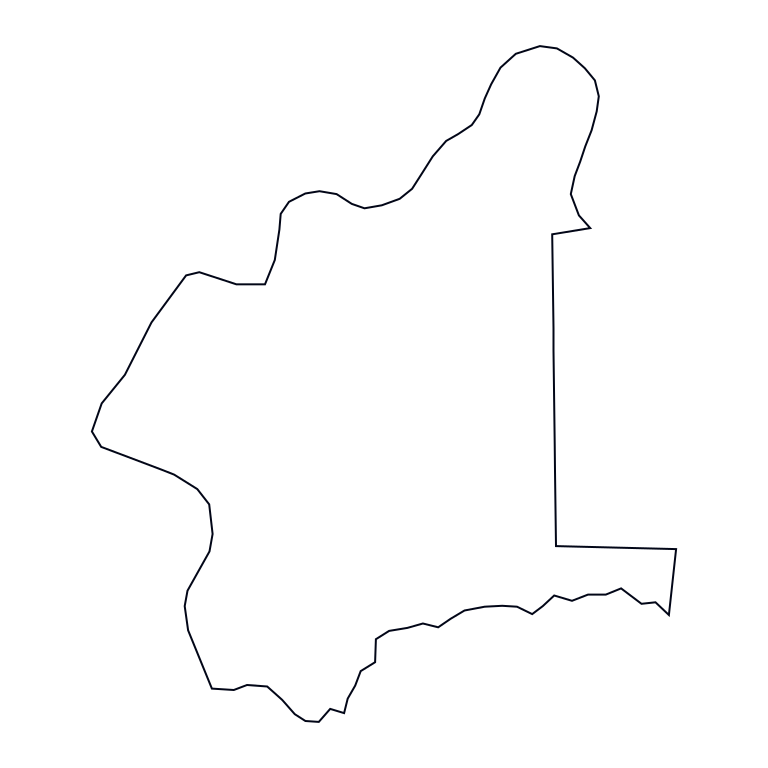 the district of Nova Pádua, Rio Grande do Sul, Brazil
{"feature_id": "56859067B79923254105734", "entity_name": "Nova Pádua", "entity_type": "district", "adm_level": 2, "iso_a3": "BRA", "parent_name": "Brazil", "parent_adm1": "Rio Grande do Sul", "projection": "albers", "projection_center": [-51.311, -28.996], "detail": "fine", "context": "isolated", "style": "outline", "palette": "ink", "viewbox_px": 768, "rotation_deg": 0, "n_neighbors": 0, "source": "geoboundaries", "source_scale": "gbopen_adm2", "svg_char_len": 1280}
<svg xmlns="http://www.w3.org/2000/svg" viewBox="0 0 768 768"><path d="M279.4,229.6L274.8,260.0L265.0,284.3L236.3,284.3L199.3,272.2L186.1,275.4L151.5,322.4L124.9,374.8L101.7,403.4L91.9,431.5L101.2,446.9L116.9,452.8L161.4,469.6L174.1,474.6L197.3,489.1L209.2,504.4L212.6,534.0L209.5,551.4L187.5,590.7L184.7,606.1L188.1,630.3L211.9,688.6L233.8,690.0L247.0,685.0L267.2,686.5L282.1,699.8L294.8,714.2L305.4,721.0L318.8,721.9L330.2,708.9L344.1,713.1L347.7,698.6L355.2,685.6L360.7,671.1L375.1,662.2L375.9,639.2L389.1,630.9L407.4,627.9L422.9,623.5L438.2,627.3L450.6,618.8L464.5,610.5L484.7,606.7L502.2,605.8L517.0,606.7L532.2,614.1L542.8,606.1L554.2,595.5L572.0,600.8L588.0,594.6L605.8,594.6L621.1,588.4L641.5,603.8L655.5,602.3L668.9,615.0L676.1,549.1L556.0,546.1L555.0,471.0L554.7,443.0L553.5,350.5L553.5,328.3L552.2,234.3L590.2,228.1L578.9,215.4L570.8,194.1L574.7,176.1L580.2,161.6L585.3,146.3L591.6,130.3L596.7,111.4L598.8,96.3L594.9,80.4L584.9,68.3L573.0,57.6L556.9,48.4L539.9,46.1L515.8,53.8L500.5,67.6L491.2,84.2L484.8,98.4L479.3,114.3L471.8,125.0L458.1,134.1L446.2,140.9L432.8,156.3L421.4,174.3L412.1,188.8L399.7,198.8L381.8,205.3L364.5,208.3L351.8,203.9L336.6,194.1L319.5,191.2L305.3,193.5L289.0,201.8L280.7,213.9L279.4,229.6Z" fill="none" stroke="#020617" stroke-width="2"/></svg>